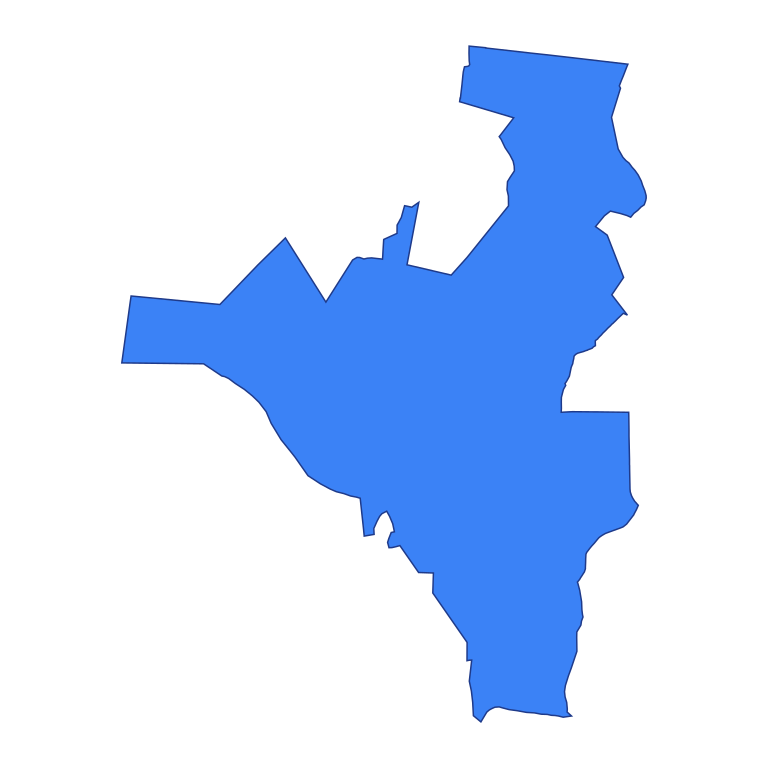 outline of Reyes Etla, Oaxaca, Mexico
{"feature_id": "50627088B16389783257433", "entity_name": "Reyes Etla", "entity_type": "district", "adm_level": 2, "iso_a3": "MEX", "parent_name": "Mexico", "parent_adm1": "Oaxaca", "projection": "albers", "projection_center": [-96.814, 17.21], "detail": "fine", "context": "isolated", "style": "filled", "palette": "blue", "viewbox_px": 768, "rotation_deg": 0, "n_neighbors": 0, "source": "geoboundaries", "source_scale": "gbopen_adm2", "svg_char_len": 4125}
<svg xmlns="http://www.w3.org/2000/svg" viewBox="0 0 768 768"><path d="M571.5,716.0L567.1,712.0L567.3,709.0L566.7,702.4L565.1,697.0L564.5,691.6L565.4,685.5L568.4,675.9L571.3,668.0L576.9,651.3L576.8,644.2L576.7,637.5L576.8,632.0L580.9,625.1L581.5,621.0L583.0,617.0L582.5,614.7L581.9,609.8L581.6,601.8L579.7,590.3L577.9,583.5L577.4,582.1L579.6,579.5L580.5,577.9L581.9,575.8L583.1,573.9L584.4,571.9L585.4,568.8L585.4,567.3L585.6,562.7L585.7,558.6L585.9,555.0L585.9,554.4L586.7,552.4L587.7,551.1L589.5,548.7L591.8,545.9L592.0,545.7L594.4,543.1L597.2,539.7L598.1,538.6L599.0,537.6L600.3,536.6L602.2,535.3L605.3,533.5L606.3,533.1L610.1,531.7L616.7,529.3L619.8,528.2L622.3,527.2L623.2,526.8L626.6,524.1L628.3,521.9L633.8,514.8L634.1,514.0L636.4,509.7L637.5,507.2L638.3,505.3L636.9,503.8L636.1,502.8L634.7,501.3L632.7,498.1L631.5,495.7L630.3,492.0L630.0,489.1L629.8,478.8L629.6,468.1L629.6,465.7L629.5,464.6L629.5,463.0L629.5,461.4L629.5,460.3L629.5,459.4L629.2,445.4L629.0,436.0L629.0,430.2L628.8,415.9L628.7,412.3L597.2,411.9L594.3,411.9L572.9,411.7L572.2,411.7L568.2,411.9L561.2,412.3L561.4,408.4L561.3,401.9L561.4,397.3L563.3,389.9L563.8,388.7L564.3,387.9L565.4,385.9L565.7,385.5L565.3,384.3L565.0,383.5L566.3,381.8L568.1,378.6L569.4,376.1L570.9,368.8L571.0,368.4L571.1,367.6L571.5,366.7L571.7,366.0L572.7,363.8L572.9,362.8L573.0,361.8L573.2,361.0L573.8,358.4L573.9,357.2L574.1,356.1L574.9,355.2L575.7,354.4L576.3,354.0L576.8,353.7L577.7,353.2L578.4,353.0L579.4,352.7L580.4,352.4L581.5,352.1L583.0,351.7L583.9,351.4L585.6,350.7L587.4,350.2L588.2,349.7L589.1,349.4L590.2,349.0L591.2,348.6L592.3,348.1L592.9,347.4L593.5,346.8L594.2,346.4L595.4,345.7L595.4,345.1L595.3,342.6L595.3,340.8L595.9,340.2L597.6,339.0L598.3,338.0L599.6,336.6L601.2,335.1L603.0,333.0L604.6,331.5L606.3,329.8L607.3,328.7L608.3,327.7L609.2,326.9L610.4,325.8L611.5,324.6L611.6,324.4L612.9,323.4L614.0,322.3L615.7,320.7L617.7,318.6L619.4,317.0L623.3,313.3L627.4,315.1L611.8,294.8L623.6,277.4L607.2,235.1L600.6,230.3L595.5,226.6L604.4,215.8L610.4,211.1L616.6,212.6L620.4,213.5L626.9,215.5L630.7,217.2L631.7,216.0L633.8,213.4L637.7,210.4L641.0,207.0L644.2,204.8L645.7,200.6L646.2,198.0L646.1,195.5L644.8,190.7L642.6,185.2L641.3,181.1L638.2,175.0L635.1,170.6L632.0,167.1L629.0,163.0L625.9,160.6L622.9,157.3L618.2,149.0L611.5,117.3L620.5,88.2L619.3,85.9L621.5,80.2L623.5,75.4L623.6,75.1L624.8,72.0L626.7,67.1L627.9,64.2L571.3,57.6L548.7,55.0L531.0,53.1L485.7,48.0L485.7,47.7L469.1,46.1L469.0,52.5L469.0,53.6L469.2,60.9L469.7,64.6L468.7,66.0L467.4,66.4L464.5,66.8L464.1,68.3L463.3,71.8L462.9,75.2L462.0,84.4L460.4,98.3L460.1,98.2L459.6,101.7L513.7,117.8L505.1,129.0L504.1,130.3L503.1,131.6L500.1,135.5L499.2,136.6L501.2,139.5L505.1,147.7L509.8,154.7L513.1,161.1L514.2,166.1L514.4,170.9L510.2,177.2L507.5,181.6L507.0,189.7L508.4,196.0L508.5,205.9L467.0,257.5L451.2,275.1L435.7,271.5L407.0,264.8L418.8,202.3L416.1,204.2L411.8,207.2L407.2,206.2L404.6,205.7L403.6,209.2L401.3,217.5L399.9,220.0L398.8,222.1L397.1,225.1L397.0,233.4L383.8,239.4L383.7,239.6L383.0,251.1L382.8,255.2L382.5,259.2L381.4,259.0L371.6,257.9L367.3,258.2L363.9,259.0L359.7,257.5L357.0,257.4L352.6,260.0L325.9,302.1L285.4,237.9L258.0,264.8L219.9,304.5L134.4,296.3L131.1,296.0L130.0,303.6L121.8,362.9L203.6,363.8L221.8,376.0L224.7,376.6L228.7,378.5L235.2,383.4L244.4,389.4L252.5,396.0L258.9,402.2L266.2,411.7L271.2,423.4L281.1,439.7L289.7,450.4L295.0,457.1L308.0,475.7L320.4,483.8L330.3,489.1L336.3,491.7L343.9,493.6L350.6,496.0L356.4,497.1L358.4,497.7L360.2,498.2L363.6,529.8L364.2,536.1L374.1,534.4L373.8,528.5L377.0,521.3L379.6,516.4L381.9,513.7L386.7,511.2L389.5,516.2L392.7,523.7L394.4,531.8L391.2,532.5L388.8,538.6L387.6,542.4L389.0,547.7L392.0,547.6L396.3,546.6L399.9,545.6L418.6,572.5L433.4,573.0L432.8,593.0L467.1,642.4L467.0,660.7L469.3,660.2L471.7,660.1L469.3,681.2L471.4,691.1L472.7,702.4L473.4,715.7L480.9,721.9L483.3,717.9L486.8,712.1L489.4,709.9L491.8,708.6L494.9,707.2L499.2,706.9L502.6,707.9L509.1,709.6L517.2,710.7L526.5,712.4L534.5,712.9L541.3,714.2L547.3,714.4L551.3,715.3L555.1,715.5L558.4,716.0L563.2,717.2L571.5,716.0Z" fill="#3b82f6" stroke="#1e3a8a" stroke-width="1.5"/></svg>